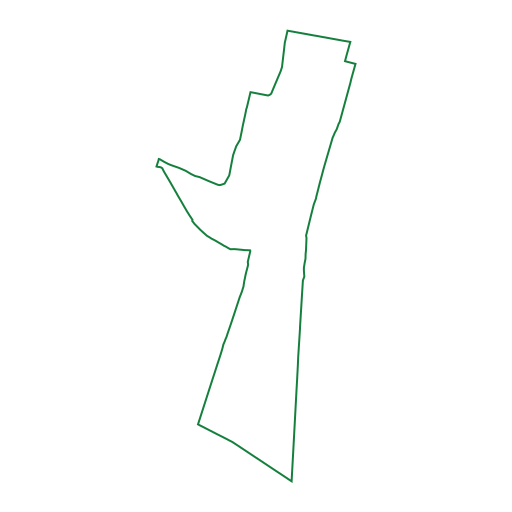 outline of Santa Cruz Amilpas, Oaxaca, Mexico
{"feature_id": "50627088B5876126006722", "entity_name": "Santa Cruz Amilpas", "entity_type": "district", "adm_level": 2, "iso_a3": "MEX", "parent_name": "Mexico", "parent_adm1": "Oaxaca", "projection": "albers", "projection_center": [-96.687, 17.048], "detail": "fine", "context": "isolated", "style": "outline", "palette": "green", "viewbox_px": 512, "rotation_deg": 0, "n_neighbors": 0, "source": "geoboundaries", "source_scale": "gbopen_adm2", "svg_char_len": 2691}
<svg xmlns="http://www.w3.org/2000/svg" viewBox="0 0 512 512"><path d="M291.6,481.3L293.4,448.4L296.5,390.3L297.1,379.8L297.4,373.9L297.6,370.3L297.7,368.1L297.8,366.5L298.2,357.0L300.0,328.7L300.0,327.5L301.9,296.5L302.9,280.5L304.3,276.6L303.9,270.6L303.9,267.7L304.7,262.7L305.5,258.8L305.6,254.2L306.0,250.2L306.5,238.0L306.4,237.5L306.1,235.8L306.1,235.5L306.3,234.6L306.7,233.1L310.9,215.9L313.8,204.4L316.0,198.5L316.1,198.2L316.2,197.1L318.4,188.5L318.6,187.6L319.9,182.5L321.7,175.9L323.2,170.2L324.4,165.9L325.7,161.4L332.7,137.5L333.2,136.5L334.9,132.5L336.7,129.3L338.6,123.9L339.6,122.1L339.9,121.2L349.3,86.8L350.6,82.0L350.9,80.5L351.7,77.4L355.5,63.9L345.0,61.2L346.3,56.3L348.3,49.1L350.3,41.9L342.5,40.6L338.7,39.9L335.4,39.3L330.4,38.4L328.8,38.1L323.4,37.1L323.1,37.1L317.8,36.1L314.2,35.5L287.5,30.7L286.6,34.8L285.5,39.7L285.1,41.4L284.8,42.7L284.0,50.0L282.9,59.3L282.0,67.1L280.7,71.1L273.6,87.9L271.2,93.7L269.6,94.9L268.1,95.5L265.4,95.0L264.8,94.9L258.5,93.7L258.2,93.6L256.5,93.3L253.5,92.7L250.5,92.2L250.0,94.2L249.4,96.8L246.9,107.3L246.2,109.4L246.1,110.0L245.8,111.7L245.1,115.1L242.8,125.7L241.8,130.9L240.0,139.8L236.3,146.1L234.6,150.8L233.1,155.2L232.1,160.4L230.7,167.7L229.9,172.1L229.2,175.5L224.6,183.6L220.8,184.9L219.5,185.1L217.9,184.8L209.0,181.2L199.6,177.1L195.1,176.0L191.0,174.0L185.7,170.8L179.0,167.9L171.3,165.2L168.3,164.0L163.9,161.7L159.9,159.3L158.8,159.0L158.2,161.4L157.7,162.7L156.5,166.5L157.9,166.9L159.4,167.0L161.2,167.5L162.3,168.3L163.8,171.3L166.2,175.4L168.4,179.1L170.9,183.4L173.3,187.6L175.8,192.0L176.3,192.8L177.6,195.2L178.0,195.9L180.9,200.8L181.3,201.5L184.1,206.4L184.5,207.1L186.9,211.2L187.3,211.9L188.3,213.4L188.7,214.1L189.9,216.0L190.4,216.7L192.5,219.9L192.2,220.9L194.5,223.9L200.3,229.8L203.8,233.0L207.1,235.9L209.0,237.0L209.8,237.5L211.1,238.4L214.2,240.0L215.5,240.7L217.2,241.7L218.2,242.3L218.7,242.6L221.5,244.2L224.0,245.8L225.6,246.5L226.9,247.3L229.2,248.6L230.4,249.2L230.7,249.2L231.3,249.2L234.4,249.1L236.7,249.3L242.7,249.9L244.4,250.1L247.2,250.2L249.8,250.3L250.2,250.4L250.3,251.1L247.8,261.8L248.1,264.9L247.5,267.3L246.6,270.7L246.1,272.6L245.3,276.1L244.9,278.3L244.3,281.0L243.7,284.9L243.5,286.5L243.1,287.7L241.9,291.6L240.9,294.2L240.8,294.5L239.9,296.6L234.0,314.6L230.6,324.8L227.6,333.5L227.4,334.2L227.0,335.3L226.6,336.7L226.2,337.6L225.1,340.2L224.8,341.2L224.2,342.6L223.8,343.5L223.2,345.0L223.1,345.6L222.4,348.5L221.9,350.2L220.8,353.8L218.9,359.7L217.8,363.0L217.5,363.9L214.5,373.2L212.9,378.1L208.2,392.7L198.0,424.4L204.5,427.7L206.4,428.7L216.9,434.1L227.2,439.3L229.0,440.3L232.2,441.9L234.2,443.2L291.6,481.3Z" fill="none" stroke="#15803d" stroke-width="2"/></svg>